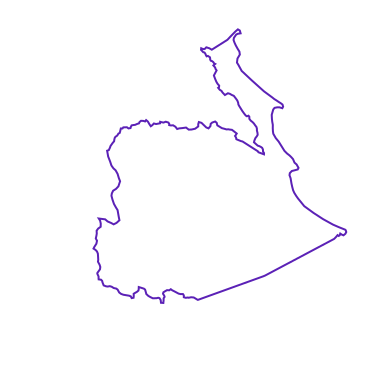 Kuantan, Pahang, Malaysia, rotated 328°
{"feature_id": "92858781B15723972552413", "entity_name": "Kuantan", "entity_type": "district", "adm_level": 2, "iso_a3": "MYS", "parent_name": "Malaysia", "parent_adm1": "Pahang", "projection": "natural_earth1", "projection_center": [103.122, 3.898], "detail": "fine", "context": "isolated", "style": "outline", "palette": "violet", "viewbox_px": 384, "rotation_deg": 328, "n_neighbors": 0, "source": "geoboundaries", "source_scale": "gbopen_adm2", "svg_char_len": 4448}
<svg xmlns="http://www.w3.org/2000/svg" viewBox="0 0 384 384"><g transform="rotate(328 192 192)"><path d="M141.9,112.0L139.7,117.5L138.7,122.8L137.7,126.9L137.9,130.3L138.7,133.1L138.5,137.2L137.3,141.6L136.7,144.8L135.1,146.1L132.6,148.2L129.2,149.1L125.8,149.1L123.3,150.7L121.7,152.5L120.5,156.4L119.5,160.8L119.3,164.9L119.3,167.9L116.7,174.3L115.5,177.5L111.6,178.2L108.4,177.9L107.0,175.4L104.8,172.2L103.9,169.2L98.9,165.1L98.9,167.6L97.9,170.4L96.1,173.1L93.0,173.3L90.6,174.3L89.2,176.8L87.6,178.6L85.8,180.4L85.6,183.0L83.5,185.2L80.1,186.8L78.5,187.8L79.5,190.0L79.9,192.1L79.5,194.4L77.9,197.4L76.5,199.9L75.3,201.3L75.1,204.7L74.5,207.0L73.0,208.8L70.8,209.7L69.0,210.4L68.4,211.1L68.0,214.1L66.6,216.4L65.9,216.1L68.4,218.2L68.7,219.8L68.2,221.2L67.6,224.4L69.1,226.4L70.4,227.5L72.4,228.3L73.7,229.8L74.7,231.9L76.6,233.8L77.2,235.4L77.0,238.6L77.9,240.9L79.4,242.8L83.7,246.6L84.8,248.1L84.6,250.0L86.4,250.7L87.5,249.3L88.6,247.4L90.4,247.4L92.3,247.5L94.3,247.2L95.2,246.3L96.5,244.4L98.4,246.6L100.0,248.5L100.5,249.9L99.8,252.4L99.2,254.3L99.9,257.0L101.1,259.2L102.4,261.3L105.5,263.2L107.3,263.8L108.2,264.8L108.2,267.0L107.0,269.5L108.9,270.9L110.6,268.7L111.6,267.1L113.2,266.4L113.5,265.2L113.5,262.9L114.6,261.9L116.8,261.9L118.8,262.0L120.6,263.3L122.5,263.2L123.1,264.8L124.5,267.1L126.8,271.1L128.3,272.6L130.2,273.7L130.3,275.3L129.3,276.9L130.6,278.4L132.6,279.3L133.1,279.9L135.5,280.8L137.6,282.4L139.5,286.1L139.8,286.6L207.9,301.3L209.8,301.6L287.7,307.1L290.2,306.5L292.6,305.7L293.1,307.0L294.3,307.0L295.7,305.8L296.5,307.6L297.5,309.0L299.9,308.7L301.6,307.7L302.1,305.9L301.9,305.1L297.8,299.5L294.3,294.4L288.8,284.5L284.0,274.2L279.7,263.5L278.5,253.9L278.3,250.9L278.3,246.8L278.7,244.0L279.7,240.8L280.9,237.4L282.9,232.6L283.6,229.4L285.0,227.8L287.8,227.1L290.6,228.0L293.6,228.9L295.1,228.0L295.3,224.1L294.5,221.4L295.1,217.7L294.7,215.2L294.1,212.7L293.0,209.7L292.2,206.1L292.2,201.3L292.2,195.1L291.6,190.7L291.8,185.7L292.8,183.4L294.3,180.7L296.1,177.9L297.3,174.9L298.5,172.4L300.5,168.8L304.6,165.1L306.6,164.4L309.0,165.3L311.0,166.5L313.0,168.8L314.5,167.9L315.1,165.8L314.3,163.7L313.3,161.7L312.2,159.2L311.0,156.7L310.2,154.4L306.4,144.8L301.9,129.2L298.3,115.7L298.7,108.6L298.7,106.1L301.3,102.9L305.4,100.8L306.6,98.1L306.6,94.9L306.8,91.0L307.2,87.8L307.8,85.1L309.2,83.5L312.9,81.9L314.7,82.1L317.3,83.2L318.1,80.4L317.1,78.4L313.8,78.9L307.2,80.5L302.7,81.7L284.2,81.8L282.8,79.2L281.9,78.2L281.0,77.0L280.3,76.9L279.3,77.4L277.9,77.2L276.8,76.2L276.0,75.0L275.0,76.2L275.3,77.7L275.6,79.4L276.5,80.3L276.6,81.7L276.3,83.5L276.3,84.7L277.6,85.0L278.6,87.3L278.2,88.3L277.6,89.3L277.5,90.6L278.4,91.7L278.9,93.2L278.9,94.7L279.5,95.7L277.2,96.0L277.6,98.7L277.2,100.0L277.3,101.9L272.3,104.8L271.6,108.2L271.1,111.2L271.0,113.6L271.4,116.2L270.5,117.4L269.4,117.5L269.7,120.0L270.6,121.9L270.6,123.7L271.3,127.2L274.8,127.3L276.2,128.9L277.1,130.7L278.4,132.6L278.7,135.5L278.9,138.3L278.5,140.6L277.7,142.4L277.6,144.0L277.6,148.1L277.6,150.0L277.8,153.1L278.1,155.7L278.7,156.9L280.3,157.2L280.5,158.5L279.4,160.4L279.6,162.5L280.4,164.8L280.8,166.7L280.9,168.9L281.1,171.0L280.6,172.7L279.6,174.3L278.9,176.5L278.0,178.3L276.5,179.1L274.3,179.9L272.1,181.5L270.9,182.7L272.3,187.5L273.4,188.8L274.3,190.3L274.9,191.7L274.7,193.5L273.7,195.3L273.7,197.2L273.0,198.2L269.4,193.5L269.4,192.3L261.6,175.9L260.5,174.8L259.2,173.0L258.1,171.5L257.6,170.7L258.2,169.2L258.2,167.3L259.1,167.0L260.9,166.1L259.5,162.2L258.8,160.4L256.9,158.9L256.1,158.1L254.4,157.2L253.0,155.6L251.2,153.7L248.8,148.9L249.6,146.4L249.0,144.5L246.0,143.8L244.0,144.1L242.5,145.9L239.7,146.8L238.3,144.8L237.5,141.6L236.7,138.4L234.9,136.3L233.3,137.7L232.0,139.7L228.2,140.0L224.8,138.8L222.3,137.4L221.1,134.2L217.5,132.6L214.9,131.3L212.8,130.7L212.5,127.8L211.3,125.4L209.4,124.4L208.1,123.2L208.8,122.2L208.8,120.6L207.0,118.5L204.6,118.0L203.1,116.6L202.2,115.6L201.3,116.8L197.5,115.3L196.0,113.7L193.7,114.3L191.9,114.4L191.8,112.1L191.9,108.9L191.2,106.7L189.6,107.3L188.5,106.0L186.5,104.6L184.5,104.9L183.4,105.7L181.5,105.2L179.3,104.9L177.9,104.2L176.1,103.5L174.6,104.4L173.7,105.2L171.8,104.4L171.1,102.6L168.0,100.8L166.7,101.3L165.3,100.4L164.0,101.7L163.0,102.7L162.0,103.6L160.5,103.5L159.2,104.2L158.0,104.6L156.4,104.6L155.1,105.2L153.8,106.5L152.8,107.7L150.6,108.4L148.7,109.2L147.1,109.9L146.1,110.8L143.6,112.4L141.9,112.0Z" fill="none" stroke="#5b21b6" stroke-width="2"/></g></svg>